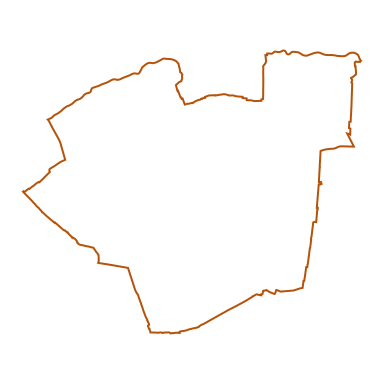 Dantumadiel, Friesland, Netherlands (Mercator projection)
{"feature_id": "6326949B33403867595269", "entity_name": "Dantumadiel", "entity_type": "district", "adm_level": 2, "iso_a3": "NLD", "parent_name": "Netherlands", "parent_adm1": "Friesland", "projection": "mercator", "projection_center": [5.992, 53.277], "detail": "fine", "context": "isolated", "style": "outline", "palette": "amber", "viewbox_px": 384, "rotation_deg": 0, "n_neighbors": 0, "source": "geoboundaries", "source_scale": "gbopen_adm2", "svg_char_len": 5718}
<svg xmlns="http://www.w3.org/2000/svg" viewBox="0 0 384 384"><path d="M302.6,287.9L303.5,280.9L304.2,280.9L305.1,275.2L306.2,267.1L307.3,267.2L307.6,264.4L307.8,264.2L309.9,247.9L310.2,247.7L311.2,239.4L310.9,239.1L311.3,237.1L311.5,236.8L313.2,222.5L313.7,222.1L314.3,221.9L315.1,221.9L316.2,222.1L317.3,209.3L317.7,209.3L317.8,207.8L316.8,207.8L318.7,184.8L319.7,184.4L320.3,184.5L321.6,183.9L321.0,181.9L319.7,182.4L318.9,182.4L319.4,172.2L319.7,168.0L319.8,167.6L319.7,167.6L319.7,166.1L320.6,151.0L323.3,150.0L325.9,149.4L329.9,148.9L334.1,148.6L335.6,148.1L338.7,146.7L340.1,146.4L341.7,146.3L352.9,146.6L353.9,146.6L347.2,133.5L349.0,134.0L349.6,134.0L350.2,134.5L350.4,128.6L349.0,128.1L349.3,121.8L349.8,121.7L350.7,121.6L350.9,115.6L351.1,114.0L351.5,104.8L351.6,101.3L352.2,84.1L352.1,83.7L352.1,83.1L351.6,82.8L351.4,82.5L351.8,81.3L352.2,80.1L351.9,79.3L351.2,78.6L351.1,77.8L352.7,77.1L354.6,75.6L355.9,74.5L356.1,73.6L355.5,66.3L355.0,66.3L354.7,62.5L355.9,61.6L357.7,61.9L358.9,61.9L359.0,61.7L360.0,61.9L360.1,61.5L361.0,60.7L360.5,60.3L360.0,59.5L358.3,55.5L357.9,54.9L357.3,54.3L354.7,52.9L353.4,52.7L351.8,52.7L350.3,52.9L349.3,53.3L346.4,55.3L345.6,55.8L343.4,56.2L341.2,56.2L337.3,55.9L334.5,55.3L332.4,55.1L331.4,55.0L327.6,55.1L324.7,54.7L323.5,54.3L319.6,52.7L318.6,52.5L316.8,52.5L313.7,53.2L307.4,55.5L306.5,55.7L305.9,55.7L303.9,55.4L302.9,55.1L298.6,52.4L294.9,51.9L293.0,51.8L292.2,51.9L291.7,52.1L289.3,54.2L288.6,54.4L287.7,54.3L287.2,54.1L286.7,53.6L285.7,51.7L285.2,51.1L284.4,50.6L283.5,50.5L282.9,50.6L280.8,51.7L279.3,52.1L278.3,52.1L275.6,51.6L274.7,51.7L273.9,52.1L272.9,53.1L271.7,53.7L269.8,53.6L269.0,53.4L268.5,53.5L267.1,53.6L267.1,55.1L265.4,55.1L265.8,58.5L265.9,59.0L265.9,59.3L266.2,60.7L265.7,62.8L265.2,63.4L264.8,64.2L264.5,64.4L263.8,65.4L263.3,65.8L263.2,66.7L263.3,67.2L263.2,73.5L263.3,76.5L263.3,83.6L263.1,99.0L261.4,99.4L261.4,100.8L257.3,101.0L254.4,101.1L251.2,100.3L246.7,100.2L246.6,98.4L242.6,98.1L242.6,96.8L236.2,96.3L233.5,95.5L232.9,95.4L229.1,95.5L227.1,94.8L225.5,94.3L223.3,94.2L220.9,94.7L220.4,94.6L217.5,95.2L215.3,95.5L215.3,95.2L209.8,95.4L208.6,95.6L205.0,96.9L205.2,97.8L202.8,98.2L201.4,98.7L201.5,98.9L201.4,98.9L201.4,99.1L200.2,99.6L198.4,100.0L196.7,100.7L195.7,101.1L194.2,102.0L192.7,103.1L192.4,103.1L192.2,102.9L188.3,103.8L187.2,103.8L185.2,104.5L184.8,104.6L182.6,98.5L181.6,98.9L181.0,97.3L180.5,97.3L178.1,90.9L177.6,91.2L177.1,89.6L175.9,85.1L178.8,82.4L179.4,82.0L181.2,81.2L181.4,81.0L181.3,80.7L181.8,79.6L182.2,78.3L182.0,76.0L182.1,75.6L182.4,74.6L181.8,73.9L181.5,73.0L181.3,72.8L180.7,72.6L180.2,72.2L179.7,68.5L179.0,66.4L178.9,65.6L178.5,64.1L178.5,63.6L178.1,63.3L176.2,61.2L174.9,60.5L172.6,59.5L170.4,59.1L165.7,58.8L164.1,58.5L162.6,58.9L159.9,60.5L156.1,62.4L153.6,63.1L152.4,63.2L149.9,62.7L148.4,63.0L147.5,63.4L146.2,64.1L143.7,66.1L142.4,67.2L142.0,67.9L141.1,69.8L140.3,71.3L140.1,71.4L140.1,71.5L139.5,72.7L138.9,73.3L138.3,73.7L137.2,73.8L135.9,73.5L134.7,73.4L133.2,73.6L131.9,74.1L129.9,75.2L122.9,77.9L120.3,79.2L118.3,79.8L117.1,79.8L115.2,79.4L114.2,79.3L112.8,79.5L111.1,80.3L107.5,82.3L101.5,84.5L99.1,85.7L95.6,86.9L92.3,88.0L92.0,88.3L91.4,89.3L90.7,91.7L89.8,92.5L89.1,92.8L86.4,93.5L85.2,94.1L84.1,94.9L82.8,96.6L81.3,98.0L80.1,98.8L78.6,99.4L77.3,99.8L76.6,100.1L74.9,101.3L73.5,102.6L71.7,104.1L69.2,105.5L67.3,106.2L65.9,107.0L63.8,108.5L61.4,110.8L58.6,112.9L56.6,114.1L54.7,115.0L53.6,115.9L52.1,117.4L51.5,117.9L47.8,119.6L48.4,120.2L48.9,121.0L52.9,128.7L58.1,138.0L59.8,141.4L60.3,142.7L65.2,159.8L60.4,162.0L54.4,166.1L51.0,168.1L49.7,169.0L49.5,169.4L49.3,170.7L49.9,171.9L39.4,182.3L39.2,182.4L38.8,182.0L36.8,183.0L33.9,185.5L32.0,186.8L29.2,189.0L28.7,188.7L26.7,190.1L24.6,192.0L23.6,191.2L23.0,191.7L31.2,200.1L33.5,202.7L35.0,204.1L36.3,205.8L39.2,208.5L39.8,209.4L41.0,210.5L41.3,210.9L42.0,212.1L42.3,212.0L46.4,215.9L54.7,222.9L55.0,222.5L62.7,229.3L63.8,230.2L64.8,230.3L64.9,230.6L65.1,230.6L65.5,230.9L67.4,232.7L67.7,232.4L69.5,234.8L70.7,235.8L71.5,236.8L71.5,236.7L74.3,238.5L75.1,239.1L76.0,240.0L76.6,240.7L77.2,242.0L77.7,242.9L78.1,243.4L78.3,243.6L78.2,243.6L78.8,244.2L79.1,244.4L80.0,244.7L88.0,246.5L88.7,246.5L89.3,246.6L90.4,247.1L93.4,247.7L96.4,252.2L97.9,253.9L98.4,255.3L98.5,255.3L98.5,255.5L98.6,256.0L98.7,258.6L98.6,259.6L98.8,260.0L98.8,260.5L98.7,261.1L98.4,262.1L98.1,262.8L99.3,263.1L109.7,264.7L128.0,267.9L135.1,289.8L136.1,292.0L137.3,293.9L137.9,294.6L138.2,295.3L138.7,297.2L139.4,299.0L140.0,300.9L140.9,302.9L141.3,304.6L142.3,307.2L143.5,311.0L144.7,314.1L145.7,316.8L146.7,318.7L147.3,320.3L147.2,320.4L148.0,321.6L148.2,322.5L148.6,323.0L149.0,323.8L149.1,324.5L148.8,325.2L148.5,325.5L148.0,325.5L147.9,325.7L149.0,328.8L149.6,329.0L149.6,329.5L149.7,330.2L150.5,332.3L150.5,332.5L151.5,332.4L152.4,332.5L154.1,332.5L154.8,332.6L156.4,332.6L157.5,332.8L160.6,332.4L161.7,332.6L162.9,333.1L163.5,332.6L169.1,332.4L170.2,333.0L170.9,333.5L172.2,333.0L173.6,333.2L175.5,332.7L179.7,332.9L179.5,332.0L179.5,331.8L180.3,331.4L184.0,330.9L184.8,330.7L186.4,330.4L188.7,329.5L193.5,328.3L195.7,327.9L197.8,327.3L197.7,327.2L198.6,326.8L199.8,325.9L201.3,324.9L203.7,323.9L218.6,315.5L225.3,311.8L226.6,311.0L229.4,309.5L236.1,306.1L245.3,301.1L253.0,296.4L252.9,296.2L254.1,295.7L255.4,294.9L256.4,294.4L257.3,294.4L258.7,294.9L260.7,295.3L261.0,295.3L261.0,294.4L262.2,294.3L262.4,294.2L263.1,291.5L263.1,291.2L263.3,291.2L263.3,290.9L263.5,290.7L264.4,290.7L266.5,290.0L266.8,290.5L267.8,290.9L269.5,292.0L274.2,293.9L274.6,294.0L274.8,293.9L275.2,293.2L275.7,291.8L276.0,290.5L276.1,290.2L276.4,290.0L276.6,290.0L280.7,291.6L293.7,290.5L294.1,290.3L296.7,289.5L300.0,288.4L302.6,287.9Z" fill="none" stroke="#b45309" stroke-width="2"/></svg>